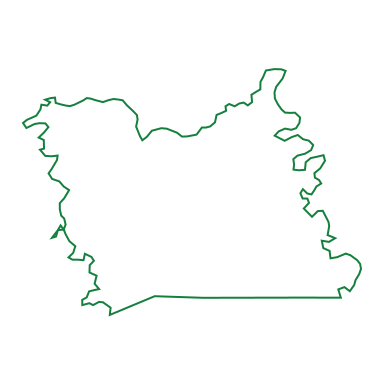 Nova Fátima, Paraná, Brazil (Albers equal-area conic projection)
{"feature_id": "56859067B92466374194931", "entity_name": "Nova Fátima", "entity_type": "district", "adm_level": 2, "iso_a3": "BRA", "parent_name": "Brazil", "parent_adm1": "Paraná", "projection": "albers", "projection_center": [-50.54, -23.41], "detail": "fine", "context": "isolated", "style": "outline", "palette": "green", "viewbox_px": 384, "rotation_deg": 0, "n_neighbors": 0, "source": "geoboundaries", "source_scale": "gbopen_adm2", "svg_char_len": 2479}
<svg xmlns="http://www.w3.org/2000/svg" viewBox="0 0 384 384"><path d="M340.8,297.7L338.3,289.4L344.4,287.1L349.8,291.2L354.2,285.0L355.5,280.2L359.2,274.1L361.0,268.9L360.1,263.9L357.1,260.1L350.4,255.2L345.8,253.6L337.1,257.2L330.5,258.3L329.6,250.9L323.3,248.1L321.8,240.7L328.9,241.9L335.2,238.2L331.2,236.5L327.6,235.1L329.2,226.1L328.5,221.9L322.8,210.8L317.8,211.1L312.0,216.8L303.8,208.5L309.0,202.9L307.4,198.6L302.6,198.5L300.4,193.2L302.9,189.2L307.3,193.5L311.5,194.4L314.4,190.1L316.4,186.5L321.2,183.5L319.1,180.1L314.9,177.6L314.4,173.2L320.2,168.4L325.0,160.7L323.5,155.2L317.6,156.6L310.7,158.1L305.7,162.3L305.0,169.8L298.8,170.3L293.5,169.6L294.1,164.5L293.3,159.2L297.5,155.6L305.1,153.7L311.1,150.1L313.2,145.1L308.9,140.7L303.0,139.2L297.8,135.0L291.5,137.2L284.7,140.8L274.7,135.7L278.7,131.4L285.0,128.6L291.4,129.8L296.1,128.2L299.4,122.9L300.1,117.5L295.0,112.7L290.1,112.9L285.0,112.6L281.6,109.5L277.9,104.3L274.9,98.5L274.5,92.4L276.2,86.8L282.6,78.5L285.6,70.9L281.2,69.3L274.3,69.1L265.9,70.5L263.0,77.3L260.5,81.8L260.3,89.4L256.0,91.9L251.4,94.8L252.1,102.1L247.8,105.4L243.7,102.6L239.3,103.5L234.7,106.3L229.2,104.0L225.5,106.3L226.1,110.8L221.2,113.1L216.6,114.9L215.0,122.3L210.2,126.4L206.2,127.5L201.9,127.5L196.6,134.6L187.3,136.4L182.0,136.6L177.0,132.7L166.8,128.7L161.3,128.2L151.9,130.7L146.8,136.9L142.3,140.3L140.0,136.2L136.1,126.6L137.6,119.5L136.9,115.0L132.6,110.6L126.9,105.3L122.7,100.3L118.7,99.6L113.7,99.0L108.7,100.1L102.9,102.1L95.5,100.2L90.7,98.6L86.7,98.1L83.1,100.5L74.4,104.7L70.0,106.1L66.0,105.6L61.2,104.5L55.7,102.9L55.0,97.6L50.7,98.1L45.2,99.7L50.1,102.2L47.3,105.6L41.4,104.7L40.4,109.5L36.3,115.7L27.0,119.8L23.0,123.0L26.4,128.0L34.6,124.0L39.5,123.2L45.4,123.4L48.4,127.1L44.2,132.3L38.7,137.6L43.8,140.0L44.0,148.6L40.0,149.7L45.3,155.9L51.6,156.3L57.6,155.6L57.0,160.0L51.6,169.1L48.6,173.4L52.1,178.9L59.3,181.4L63.7,186.5L69.1,190.1L64.2,198.3L59.8,203.1L59.8,209.2L61.2,215.6L64.2,218.6L65.6,224.5L63.7,229.6L65.7,234.4L69.4,241.2L75.3,246.2L73.2,252.9L68.5,257.4L72.5,259.7L78.2,259.7L83.5,260.2L84.9,253.8L91.4,256.9L93.9,260.8L89.7,265.2L89.5,272.5L96.6,275.7L94.6,283.7L99.1,289.1L94.2,290.1L89.1,291.4L86.7,297.4L82.2,299.9L82.3,305.1L89.4,303.2L93.1,305.1L99.0,301.9L103.0,302.3L110.6,307.7L109.8,314.9L154.7,296.2L202.8,297.8L305.0,297.6L340.8,297.7ZM63.7,229.6L60.6,225.4L57.9,230.1L63.7,229.6ZM57.9,230.1L52.0,237.8L56.0,236.6L57.9,230.1Z" fill="none" stroke="#15803d" stroke-width="2"/></svg>